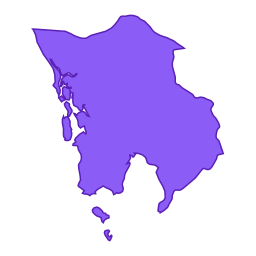 an SVG outline of Kaôh Kong
{"feature_id": "KHM-1779", "entity_name": "Kaôh Kong", "entity_type": "Province", "adm_level": 1, "iso_a3": "KHM", "parent_name": "Cambodia", "parent_adm1": "", "projection": "orthographic", "projection_center": [103.349, 11.344], "detail": "fine", "context": "isolated", "style": "filled", "palette": "violet", "viewbox_px": 256, "rotation_deg": 0, "n_neighbors": 0, "source": "natural_earth", "source_scale": "10m", "svg_char_len": 5611}
<svg xmlns="http://www.w3.org/2000/svg" viewBox="0 0 256 256"><path d="M53.1,85.3L55.2,82.1L54.7,74.1L53.1,68.5L49.2,62.5L43.4,54.3L37.1,42.0L35.7,35.0L33.5,30.1L32.7,29.1L34.8,29.1L65.2,31.3L70.6,33.6L73.4,35.2L76.8,36.7L80.4,37.9L82.9,38.3L85.2,38.3L86.8,37.9L90.4,35.7L92.7,34.9L105.6,31.3L111.1,28.3L113.8,25.8L117.8,20.9L119.5,18.0L120.8,16.6L121.9,16.2L125.6,16.2L129.4,15.4L132.8,15.4L136.7,16.5L137.7,17.0L138.6,17.6L140.2,19.1L141.0,19.6L144.3,21.1L144.7,21.4L150.2,27.0L152.5,30.3L153.6,31.4L154.7,32.4L157.7,34.2L159.9,35.3L163.9,36.8L166.2,37.4L168.5,38.4L168.9,38.7L173.2,40.6L174.5,41.4L177.5,43.8L182.7,47.1L184.2,48.3L174.5,49.7L173.9,50.0L173.6,50.2L173.4,50.5L173.2,51.0L173.1,52.0L173.2,53.0L173.3,54.1L173.6,55.1L173.8,56.4L173.7,58.2L172.8,60.9L172.4,62.6L172.3,64.1L172.5,66.7L175.2,76.8L175.3,78.2L175.2,80.6L175.3,81.7L175.5,82.7L175.9,83.4L176.3,83.9L176.8,84.2L178.1,84.7L179.2,85.0L182.0,87.7L191.8,93.9L193.2,95.1L194.2,96.9L194.7,97.4L195.2,97.6L197.1,98.0L197.8,97.9L199.2,97.4L200.3,97.2L201.9,97.3L204.4,97.9L206.8,99.2L210.7,100.6L213.2,103.1L213.3,103.9L213.3,104.8L211.8,107.1L210.9,108.8L210.9,110.0L211.2,111.1L213.2,115.3L213.8,116.1L215.6,118.0L216.8,119.8L218.7,123.3L219.4,125.3L219.6,126.7L219.3,127.4L218.8,128.0L217.8,129.0L217.2,130.1L216.7,131.7L216.1,135.0L216.1,136.5L216.1,137.4L216.6,138.3L216.8,138.7L218.1,139.9L219.0,141.0L223.3,153.6L218.6,154.7L218.1,155.0L217.3,155.5L216.5,158.9L216.3,159.2L212.4,166.2L210.4,168.7L209.7,169.0L208.2,169.6L207.1,169.5L206.0,169.2L205.1,168.8L204.1,168.4L203.4,168.6L202.7,168.9L201.4,170.3L195.3,178.0L183.4,188.1L181.2,189.6L180.2,190.0L179.2,190.2L178.5,190.2L175.6,190.0L174.7,190.5L173.9,191.4L172.9,193.7L172.5,194.9L172.2,195.9L172.2,197.7L172.0,198.9L171.8,199.4L171.4,200.2L169.4,203.6L168.4,205.6L168.2,206.2L167.9,206.7L167.3,207.6L164.0,210.5L160.3,212.7L160.3,212.0L158.5,211.5L158.0,210.6L158.8,204.5L159.3,203.4L160.4,202.4L162.1,201.5L163.7,200.4L165.0,198.4L165.2,196.8L164.9,191.3L162.9,186.3L158.9,179.3L156.2,172.3L158.3,167.5L155.6,165.4L154.3,164.9L150.2,164.4L148.5,163.7L147.3,162.6L145.7,157.6L142.7,155.0L138.7,153.5L134.5,153.1L134.8,153.5L135.0,153.7L135.5,154.0L133.6,156.9L132.6,156.9L132.0,155.9L131.5,155.6L129.8,155.1L129.8,155.9L130.6,157.6L129.7,159.7L126.9,163.7L129.7,162.5L130.0,163.9L129.0,166.5L125.4,172.9L124.6,175.6L124.2,178.7L122.6,182.4L122.3,184.1L122.4,185.4L123.1,187.6L123.2,189.3L122.5,191.4L120.6,192.8L118.4,193.3L116.5,192.7L115.9,193.4L115.3,193.8L113.7,194.6L112.5,191.2L109.6,189.2L106.2,187.8L103.3,186.0L97.6,189.4L95.2,191.6L95.7,193.7L93.8,193.6L92.1,193.9L90.9,194.6L90.0,195.6L87.3,194.2L84.1,193.9L82.4,193.2L84.3,190.8L80.0,187.4L79.0,186.9L78.1,185.8L78.8,183.4L79.9,181.1L80.5,180.6L80.2,176.2L78.9,169.0L78.5,165.1L79.0,163.8L80.0,162.3L81.0,160.4L81.4,157.9L81.2,155.4L80.7,153.8L78.6,150.2L78.2,149.1L78.1,147.9L77.8,146.7L77.2,145.8L76.3,145.5L73.6,145.5L72.9,145.3L73.2,143.8L74.8,142.8L75.9,141.9L74.8,140.4L74.8,139.6L75.9,137.9L79.6,134.3L83.5,131.9L85.3,133.8L86.1,133.8L86.0,131.6L84.7,128.0L84.3,126.0L82.4,126.8L81.4,127.3L80.6,128.0L78.8,126.3L78.3,124.7L78.2,122.8L77.7,120.2L76.8,118.1L74.8,115.2L73.9,113.4L75.0,113.7L75.4,113.8L75.6,114.1L75.9,115.4L76.7,115.4L77.6,113.8L79.0,112.6L80.8,111.8L82.9,111.5L84.8,112.3L87.0,115.7L89.1,116.4L84.7,108.1L83.4,106.7L84.0,105.2L84.4,104.7L83.4,104.7L83.1,105.2L82.5,106.7L83.0,107.8L82.8,109.1L81.9,110.2L80.6,110.5L79.2,109.8L77.6,107.3L73.9,105.4L72.9,102.4L72.8,98.8L73.0,96.0L72.0,97.0L72.5,94.1L73.0,93.1L71.7,93.0L71.0,92.6L70.1,91.1L70.2,96.0L69.9,98.2L69.2,99.9L68.2,99.9L66.7,99.4L64.8,99.8L62.9,100.8L61.6,101.8L58.7,97.9L61.6,96.0L62.3,96.9L64.4,98.9L65.4,98.9L64.9,97.5L63.4,95.7L62.6,94.1L62.6,88.3L64.2,86.8L66.1,87.4L68.4,88.5L71.0,88.3L71.0,87.3L69.3,87.4L67.9,87.0L66.9,86.3L66.3,85.4L66.3,84.4L67.3,84.4L67.3,83.4L65.9,84.1L65.4,84.4L64.4,84.4L64.2,83.3L63.5,81.5L62.6,81.5L62.6,84.4L61.6,83.4L61.6,86.4L60.7,86.4L60.9,82.5L61.7,79.5L63.1,77.3L65.4,75.7L66.8,75.1L68.0,74.8L69.2,75.1L70.6,76.2L72.3,76.9L74.2,76.6L75.9,75.4L76.8,73.8L75.9,73.8L74.7,75.6L72.8,75.5L70.7,74.2L69.2,72.8L68.3,72.8L62.6,75.7L61.8,74.8L60.8,73.1L60.0,71.1L59.7,69.5L59.0,68.3L55.7,66.5L51.1,59.3L50.3,59.3L52.3,63.9L59.1,71.1L60.7,75.7L60.4,78.1L58.8,82.2L58.7,84.4L60.2,90.4L60.0,92.9L58.7,96.0L58.5,94.2L57.1,91.7L56.8,89.7L56.3,88.7L53.9,86.4L53.1,85.3ZM70.1,126.0L70.7,127.6L71.4,128.8L71.7,129.8L70.9,130.8L71.7,132.7L71.6,135.4L70.9,137.9L70.1,139.6L68.2,140.5L66.0,140.5L64.7,139.8L65.4,138.5L63.8,137.0L63.4,134.0L63.5,128.9L62.4,122.8L62.4,119.4L63.5,116.3L63.7,117.0L64.1,117.6L64.3,118.3L65.9,116.9L67.2,116.8L68.3,117.6L70.0,121.2L70.1,122.7L70.0,124.2L70.1,126.0ZM106.0,214.4L106.6,215.0L107.8,215.1L108.9,215.8L109.0,217.8L107.1,218.5L105.5,219.3L104.2,220.5L103.3,222.7L102.1,221.7L101.5,220.0L101.1,218.5L100.9,217.8L101.0,217.5L96.6,215.8L94.5,214.1L92.8,212.1L92.4,210.0L93.7,208.1L96.5,207.1L98.8,207.8L100.7,209.4L102.3,211.1L102.7,211.6L102.9,212.5L103.3,213.0L104.1,213.2L105.0,213.2L105.7,213.4L106.0,214.4ZM69.2,105.7L69.9,107.0L71.4,109.3L72.0,110.5L72.0,111.5L71.4,112.5L69.8,115.6L69.2,116.3L67.8,116.2L67.7,114.8L68.2,111.5L67.0,109.2L65.2,106.6L64.4,104.0L66.3,101.8L68.6,103.2L69.2,103.7L69.5,104.5L69.5,105.1L69.3,105.6L69.2,105.7ZM111.2,235.2L111.4,235.2L111.8,235.8L111.8,236.8L111.2,237.9L110.6,239.5L109.7,240.6L108.2,239.7L105.3,235.3L104.4,233.0L104.9,231.1L106.8,230.3L108.3,230.2L109.1,230.5L109.4,231.4L108.1,233.4L108.0,234.0L107.9,234.7L108.2,235.9L108.9,236.5L109.9,236.6L110.8,235.8L111.2,235.2Z" fill="#8b5cf6" stroke="#5b21b6" stroke-width="1.5"/></svg>